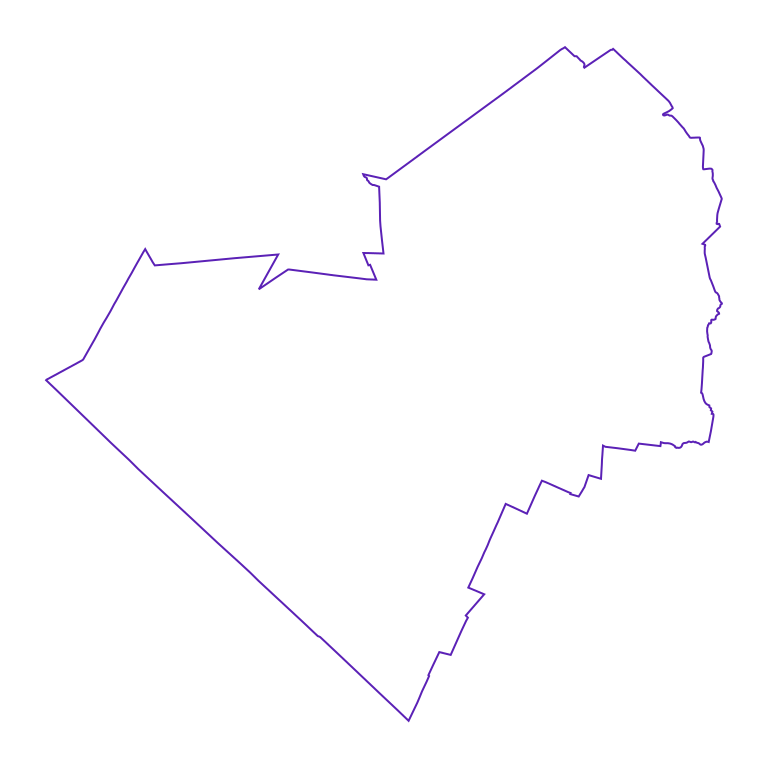 Thoi Lai, Hau Giang, Vietnam (orthographic projection)
{"feature_id": "81297802B52248438909521", "entity_name": "Thoi Lai", "entity_type": "district", "adm_level": 2, "iso_a3": "VNM", "parent_name": "Vietnam", "parent_adm1": "Hau Giang", "projection": "orthographic", "projection_center": [105.583, 10.024], "detail": "fine", "context": "isolated", "style": "outline", "palette": "violet", "viewbox_px": 768, "rotation_deg": 0, "n_neighbors": 0, "source": "geoboundaries", "source_scale": "gbopen_adm2", "svg_char_len": 6058}
<svg xmlns="http://www.w3.org/2000/svg" viewBox="0 0 768 768"><path d="M578.7,496.5L582.1,491.0L583.6,488.4L584.4,487.2L588.6,475.1L601.0,478.8L601.8,465.0L601.9,462.9L602.0,459.8L602.4,454.7L603.0,445.6L605.4,446.8L617.4,448.2L630.8,450.0L635.2,450.7L638.8,443.6L660.4,446.1L660.7,444.2L660.9,442.2L661.6,442.4L662.9,442.8L664.1,443.1L665.7,443.2L666.7,443.2L668.0,443.2L669.1,443.4L669.9,443.5L671.1,443.9L672.5,444.5L674.4,445.8L675.2,446.4L675.3,446.6L675.1,446.9L675.2,447.1L675.4,447.3L675.7,447.5L675.9,447.5L676.3,447.8L676.6,447.9L676.8,447.9L677.1,447.8L677.4,447.7L677.6,447.7L678.1,447.8L678.9,447.9L679.8,447.7L680.4,447.5L680.8,447.2L681.3,446.7L681.8,445.9L682.5,444.1L683.0,443.6L683.5,443.2L684.4,443.0L685.4,442.9L686.1,442.8L686.7,442.7L687.2,442.4L688.1,441.9L688.4,441.7L688.7,441.6L688.9,441.5L689.4,441.6L690.8,442.1L691.5,442.1L691.8,442.0L692.4,441.8L692.8,441.6L693.1,441.6L693.6,441.7L694.5,442.2L695.0,442.3L695.4,442.3L695.7,442.0L696.3,442.4L696.7,442.6L697.4,442.9L698.1,443.0L699.0,443.4L700.3,444.5L700.9,444.7L701.4,444.7L702.2,444.4L703.0,443.9L704.0,443.0L704.6,442.5L705.7,442.0L706.6,441.7L707.3,441.7L708.4,441.9L708.7,442.0L710.9,431.2L713.4,416.7L713.5,414.8L713.3,414.2L713.0,413.9L712.4,413.8L711.8,413.8L711.9,413.1L712.2,412.4L712.4,411.6L711.9,411.1L711.2,410.6L710.8,410.2L711.0,409.6L711.1,408.8L711.1,408.4L710.0,407.6L709.4,407.0L709.4,406.3L709.3,405.4L708.5,405.1L707.6,404.7L706.4,404.0L705.3,402.8L704.4,401.2L703.6,399.0L702.7,394.9L702.3,393.7L701.8,393.0L701.1,392.7L701.5,389.3L701.9,383.9L702.7,370.0L702.9,367.8L703.2,361.2L703.2,357.8L703.5,357.2L704.0,356.8L708.1,355.2L711.1,354.0L711.4,353.3L711.7,351.4L711.6,350.4L710.8,349.3L710.4,348.4L710.1,347.2L710.0,345.4L709.3,343.3L708.5,341.6L708.0,339.1L707.6,336.7L707.7,335.3L707.4,333.8L707.1,331.3L707.2,328.6L707.3,327.6L707.7,326.9L707.9,325.8L708.0,325.2L708.6,324.6L708.9,323.8L709.0,323.4L709.7,323.3L710.6,323.4L711.1,322.8L711.3,321.8L711.2,320.7L711.3,320.0L711.7,319.7L712.4,319.7L713.8,319.8L714.6,319.4L715.4,319.2L715.6,318.8L715.7,317.6L715.9,316.6L716.4,315.8L717.7,314.5L718.5,314.1L719.1,313.8L719.1,313.4L718.9,312.8L718.4,312.2L717.5,311.4L717.1,311.1L717.1,310.2L717.3,309.7L717.9,308.6L718.9,308.1L719.7,307.4L720.2,306.7L720.4,305.3L720.7,304.6L721.2,304.2L721.8,303.9L721.9,303.6L721.8,303.2L721.5,302.8L720.8,302.1L720.2,301.3L719.6,300.3L719.4,299.6L719.4,298.9L719.3,298.3L719.1,297.4L719.1,296.9L719.1,296.3L718.8,295.7L717.6,293.6L716.9,292.9L716.2,292.6L715.4,291.9L714.8,290.6L713.3,286.4L710.9,280.3L710.1,278.8L709.7,277.6L707.2,265.2L705.7,257.8L704.8,253.9L704.7,252.9L704.7,250.3L704.8,249.4L704.8,248.2L704.7,247.2L704.8,246.5L705.2,245.7L705.2,245.1L705.1,244.8L702.5,243.8L720.1,226.6L720.0,226.3L719.3,224.3L719.1,223.9L718.7,223.8L717.9,224.0L717.3,224.1L716.7,223.8L716.6,223.3L716.7,222.8L717.1,221.5L717.1,220.9L717.0,220.4L717.3,215.0L717.6,213.0L718.0,211.6L718.8,208.7L721.7,199.1L721.7,198.5L721.3,197.5L718.4,191.2L716.6,187.8L715.5,185.1L714.1,182.3L713.4,181.4L713.2,180.9L713.2,180.3L712.8,179.7L712.5,178.8L712.5,177.9L712.8,175.9L712.8,173.7L712.6,172.3L712.4,171.5L712.5,170.0L712.1,169.4L711.5,168.8L711.0,168.7L709.9,168.6L708.7,168.7L703.9,169.3L703.3,169.2L703.1,168.6L702.9,166.9L703.5,154.5L703.7,150.2L703.6,148.8L702.8,145.8L701.8,143.8L700.6,141.2L700.2,140.2L700.0,138.8L699.9,137.7L699.5,137.5L698.1,137.5L691.1,137.8L690.1,137.6L689.7,137.3L689.3,136.5L688.8,135.8L687.2,133.8L685.6,131.5L684.8,130.1L683.7,128.4L682.4,127.1L679.2,123.5L678.6,122.7L676.3,120.2L672.5,116.4L671.5,115.7L670.5,115.6L669.7,115.6L669.0,115.3L668.3,114.8L667.5,114.6L666.6,114.8L664.9,115.4L664.1,115.5L663.3,115.2L663.0,114.7L663.2,114.1L664.1,113.5L666.3,112.5L669.2,111.0L671.6,109.2L672.7,108.2L672.5,107.3L671.6,105.9L669.9,102.7L668.6,101.0L651.9,85.3L642.8,76.6L640.4,74.2L637.9,71.9L631.8,66.3L627.2,62.1L625.9,60.8L623.6,58.8L618.6,54.1L613.9,49.6L613.1,48.9L612.2,49.8L611.0,49.8L610.4,50.1L600.3,56.9L584.4,67.7L583.9,67.0L584.5,64.8L584.2,63.6L583.6,62.7L582.3,61.5L580.4,60.4L580.1,59.9L577.4,57.1L576.7,56.3L576.1,56.2L575.1,56.2L574.5,56.2L565.0,47.2L563.5,48.2L561.9,49.0L560.3,50.0L546.5,60.9L537.2,68.2L503.9,93.0L466.2,120.6L463.3,122.7L424.4,151.2L388.1,177.9L386.1,179.3L363.2,174.2L363.5,175.0L363.8,175.8L364.4,176.6L364.9,177.0L365.9,177.4L366.5,177.7L366.8,178.3L367.0,178.9L367.0,179.7L367.3,180.3L368.0,180.7L368.5,181.2L368.9,182.0L369.3,182.7L370.1,183.4L371.4,184.3L372.7,185.0L373.4,185.0L374.0,185.0L375.0,185.3L379.1,186.7L379.8,203.1L379.8,203.9L380.1,220.6L380.5,226.3L382.0,240.4L383.5,253.5L369.3,253.1L363.4,253.0L368.4,265.3L370.1,264.8L376.3,279.7L366.7,279.3L358.8,278.3L332.8,275.2L332.3,275.1L331.4,275.0L330.5,274.9L328.4,274.6L311.7,272.4L289.1,269.5L288.1,269.5L275.5,277.9L258.8,289.3L267.1,274.4L278.2,254.5L234.5,258.2L184.7,262.9L181.5,263.2L169.1,264.2L154.8,265.4L152.7,262.2L150.9,259.0L149.2,256.1L146.6,251.6L145.2,249.1L143.3,252.2L138.9,260.0L137.4,262.6L134.6,267.6L131.6,273.1L128.3,278.8L126.6,282.0L123.1,288.1L121.2,291.6L117.8,297.8L116.1,300.9L114.2,304.1L112.1,308.1L110.4,311.3L106.4,318.2L104.5,321.3L103.6,322.8L100.0,329.2L99.0,331.2L94.4,339.8L93.4,341.5L83.2,359.5L82.2,360.3L69.2,367.4L46.5,379.7L46.1,380.2L56.6,390.2L78.2,411.1L110.9,442.8L129.5,460.3L131.1,461.9L138.2,469.0L162.8,491.9L186.7,514.0L217.8,543.0L239.6,562.8L250.2,572.6L258.5,580.8L276.7,597.7L301.5,620.7L317.8,636.1L319.3,636.6L320.2,637.1L338.6,654.4L359.3,674.0L379.2,692.9L398.2,710.8L408.6,720.8L412.3,713.1L417.3,702.7L419.8,696.8L422.0,691.4L426.5,681.9L429.1,676.0L428.4,675.2L433.1,665.1L439.3,652.1L450.7,654.9L461.5,630.7L466.1,620.9L467.9,617.7L465.8,615.5L480.2,598.9L484.2,594.3L468.3,587.6L472.7,578.1L477.6,566.9L481.8,558.2L484.3,552.3L485.8,549.3L487.7,545.1L489.5,540.5L490.5,538.2L493.6,531.4L496.5,524.9L497.6,522.6L505.7,503.9L515.8,508.5L526.9,513.7L531.3,503.8L534.8,495.9L538.6,487.7L538.9,487.0L541.9,480.7L545.6,482.1L557.3,487.3L568.6,492.3L570.6,493.0L570.3,494.1L578.7,496.5Z" fill="none" stroke="#5b21b6" stroke-width="2"/></svg>